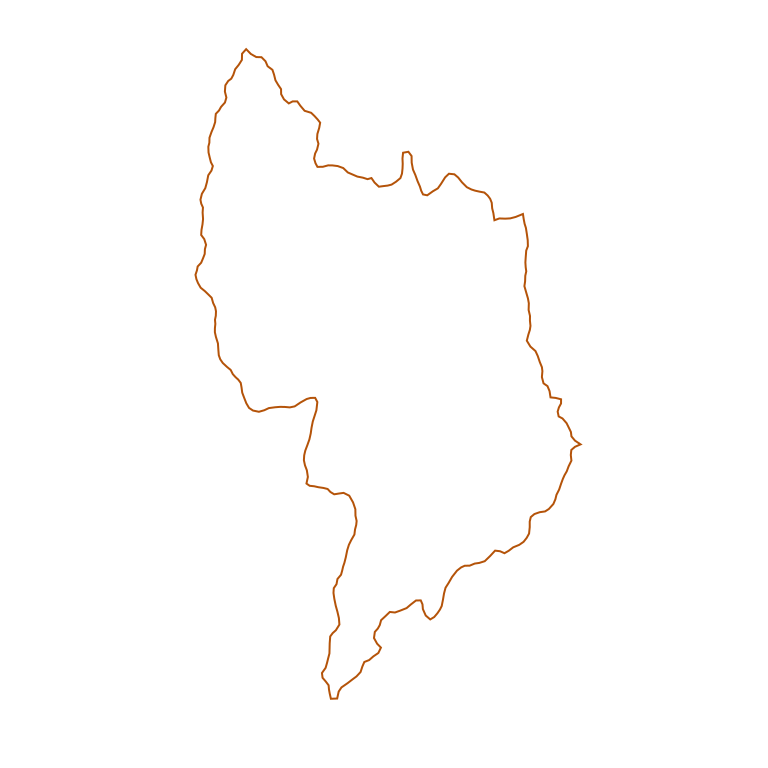 Santo Antônio do Retiro, Minas Gerais, Brazil (Mercator projection), rotated 186°
{"feature_id": "56859067B81000561120101", "entity_name": "Santo Antônio do Retiro", "entity_type": "district", "adm_level": 2, "iso_a3": "BRA", "parent_name": "Brazil", "parent_adm1": "Minas Gerais", "projection": "mercator", "projection_center": [-42.654, -15.266], "detail": "fine", "context": "isolated", "style": "outline", "palette": "amber", "viewbox_px": 768, "rotation_deg": 186, "n_neighbors": 0, "source": "geoboundaries", "source_scale": "gbopen_adm2", "svg_char_len": 4591}
<svg xmlns="http://www.w3.org/2000/svg" viewBox="0 0 768 768"><g transform="rotate(186 384 384)"><path d="M232.8,238.1L228.7,241.6L226.0,245.9L224.1,250.4L224.1,256.9L224.7,262.4L224.1,267.0L220.8,270.4L215.7,272.8L210.5,274.1L207.0,276.9L203.0,282.4L201.5,287.3L200.9,291.8L198.8,297.3L197.4,303.6L196.2,308.3L195.0,312.0L193.1,316.3L191.8,321.4L189.6,327.4L190.8,332.9L190.8,338.0L187.5,341.5L182.2,344.5L188.1,347.6L192.1,351.5L193.1,355.8L195.2,359.2L198.3,364.1L202.9,368.4L206.9,370.0L208.4,374.7L207.6,379.0L205.9,383.1L206.3,387.3L211.8,388.1L217.0,388.1L218.6,394.2L221.2,399.0L225.4,401.3L227.7,407.4L227.8,413.3L228.7,417.2L231.4,422.2L234.0,427.9L236.8,432.6L242.3,436.5L246.5,442.0L245.6,448.2L244.6,453.0L244.4,457.1L245.5,462.3L245.9,466.9L247.9,472.7L248.4,479.4L249.8,484.2L252.1,489.8L254.6,496.0L254.4,500.9L254.8,506.4L254.3,510.9L255.3,515.0L256.1,519.7L256.3,524.6L256.5,531.6L255.3,536.1L256.1,542.0L257.6,548.1L259.2,554.1L260.9,558.0L262.3,562.6L263.6,567.6L270.5,563.9L275.8,561.9L280.8,561.1L286.6,560.7L291.3,558.4L293.1,565.4L294.8,570.1L295.8,575.5L297.8,579.3L300.6,582.3L304.2,584.9L309.2,585.3L313.6,585.8L317.4,586.6L322.2,588.4L327.5,592.7L331.8,597.1L335.9,599.9L341.4,599.9L344.8,595.9L348.2,589.0L350.9,584.2L355.5,580.8L360.7,576.2L365.0,576.6L367.2,580.1L368.9,584.1L371.8,589.2L374.7,595.2L377.6,600.3L379.6,607.0L380.4,613.6L384.0,617.5L389.2,616.0L389.2,610.3L388.4,604.9L388.1,600.1L388.1,595.1L389.2,590.5L393.2,586.4L397.3,583.1L401.1,581.7L405.1,580.8L409.7,579.7L414.5,583.4L418.0,587.5L421.8,586.0L426.6,587.0L432.2,587.5L437.3,589.1L442.1,590.6L447.1,594.5L452.8,595.9L458.4,596.0L462.4,595.6L467.6,593.6L472.9,593.0L475.2,596.4L477.1,600.9L476.6,606.0L475.1,610.1L474.3,616.1L476.2,620.7L476.4,625.7L475.2,632.0L474.8,637.2L477.7,640.2L481.2,643.3L484.8,646.1L491.5,647.4L496.3,652.0L499.8,656.0L504.4,655.5L508.0,653.1L513.2,656.6L516.6,661.5L517.2,666.5L520.5,670.4L523.7,674.7L525.7,680.2L527.8,684.8L532.9,687.8L535.6,692.6L540.0,696.2L545.2,695.8L550.9,698.3L556.1,702.6L559.7,697.6L559.2,691.5L561.9,686.1L564.9,681.5L566.2,675.6L567.8,671.7L570.6,669.1L573.0,664.5L572.8,658.2L570.7,652.4L571.6,647.3L575.0,642.6L576.7,638.7L579.5,635.1L579.5,630.9L579.3,626.8L580.4,621.5L581.9,616.6L583.3,610.7L582.9,605.7L583.5,601.6L582.7,595.9L581.0,591.0L579.3,586.4L577.0,582.9L577.9,578.2L580.6,573.2L581.2,566.2L582.2,560.1L585.0,554.1L585.8,548.1L584.6,544.2L582.5,540.6L582.3,535.5L581.2,529.1L581.2,523.7L581.6,518.3L581.4,513.1L577.9,509.3L575.5,503.8L576.2,499.4L575.9,494.6L577.0,490.5L578.5,485.5L581.6,481.4L581.9,477.5L582.9,472.9L581.5,468.6L579.5,464.9L576.4,460.6L571.8,457.6L567.6,454.3L564.4,451.7L562.4,446.7L559.9,442.6L558.7,438.8L558.4,434.3L558.8,430.2L558.0,426.1L558.0,421.8L557.6,417.8L556.1,413.3L553.4,407.0L552.3,400.6L551.3,395.3L549.4,391.4L546.5,388.0L542.1,384.7L537.9,381.9L535.4,378.0L532.5,375.4L529.3,373.0L526.6,370.1L525.3,365.6L524.1,360.6L521.8,356.0L518.9,350.4L515.7,346.1L511.5,343.9L505.5,343.3L500.3,345.4L496.0,348.0L489.8,349.5L485.0,350.4L480.4,350.8L475.2,350.9L470.5,352.4L465.1,356.9L459.3,361.0L455.5,362.5L451.0,363.0L448.4,359.1L448.5,350.8L449.8,344.5L450.9,339.3L451.5,332.8L451.7,327.2L452.4,321.1L453.8,315.3L455.3,309.6L455.9,304.8L455.7,299.8L454.1,294.9L451.7,290.1L450.0,283.6L450.7,276.9L447.3,275.0L442.7,275.0L438.5,274.5L433.5,274.3L429.1,273.7L426.0,271.0L422.0,269.1L417.2,270.4L412.8,271.5L406.9,269.3L402.4,263.0L399.4,256.5L398.6,250.0L396.9,244.9L396.9,240.9L397.6,236.3L397.7,231.2L400.3,225.3L402.1,220.4L403.2,214.9L403.9,207.5L404.7,202.0L405.6,198.0L406.1,193.9L406.8,189.8L409.9,185.2L410.3,180.0L412.6,175.7L412.4,170.9L410.9,165.0L408.8,158.4L406.5,152.6L404.4,146.5L403.2,140.1L406.1,134.1L409.0,130.9L411.1,127.3L410.9,120.4L410.5,115.4L410.1,110.3L410.9,105.0L411.5,100.7L412.4,95.6L415.5,90.1L414.4,85.4L410.9,82.1L407.6,78.6L406.8,74.5L405.6,70.4L403.9,65.4L397.7,66.3L396.9,73.4L394.6,77.8L388.9,82.7L384.5,86.9L380.8,90.3L377.2,95.1L376.0,100.7L374.5,105.5L369.9,107.9L366.1,112.0L361.5,115.9L359.5,121.5L363.7,125.0L367.4,130.3L367.2,136.5L364.6,140.1L363.0,143.8L362.2,148.8L358.0,153.6L354.4,157.9L349.2,157.9L344.2,160.3L338.1,163.5L334.3,167.5L329.5,172.1L324.8,172.6L322.7,168.9L321.8,164.2L318.3,158.1L313.4,154.7L309.7,157.5L306.9,161.6L304.8,165.5L303.4,169.2L302.8,175.7L302.4,182.0L301.5,187.8L298.9,193.0L296.1,199.3L291.9,206.0L288.1,209.7L284.7,211.7L279.8,212.3L275.0,214.9L270.6,216.0L265.3,218.3L260.5,224.0L256.1,229.9L251.1,229.8L246.5,228.3L242.5,231.2L238.4,235.1L232.8,238.1Z" fill="none" stroke="#b45309" stroke-width="2"/></g></svg>